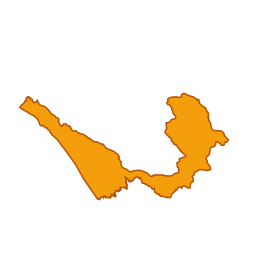 El Charco, Nariño, Colombia (Equal Earth projection), rotated 323°
{"feature_id": "7082276B87562004853041", "entity_name": "El Charco", "entity_type": "district", "adm_level": 2, "iso_a3": "COL", "parent_name": "Colombia", "parent_adm1": "Nariño", "projection": "equal_earth", "projection_center": [-77.861, 2.29], "detail": "fine", "context": "isolated", "style": "filled", "palette": "amber", "viewbox_px": 256, "rotation_deg": 323, "n_neighbors": 0, "source": "geoboundaries", "source_scale": "gbopen_adm2", "svg_char_len": 5856}
<svg xmlns="http://www.w3.org/2000/svg" viewBox="0 0 256 256"><g transform="rotate(323 128 128)"><path d="M190.8,133.5L189.8,135.1L189.0,135.3L186.4,133.6L185.3,132.0L183.9,131.5L182.8,130.4L181.5,129.7L180.5,129.5L179.7,128.9L177.0,128.8L175.9,131.0L174.4,131.1L174.0,131.4L173.9,133.0L174.1,133.5L174.9,133.9L175.2,135.2L175.0,136.4L175.1,138.4L174.1,139.5L174.0,141.0L172.6,143.9L173.1,145.1L173.1,147.0L172.6,148.4L170.5,148.8L169.5,148.0L167.2,147.4L165.9,148.3L164.4,148.0L163.7,148.2L161.6,146.8L161.0,147.9L160.3,148.5L158.7,151.6L155.8,153.0L154.9,154.0L154.8,155.1L155.2,156.4L155.0,157.9L155.5,159.0L155.3,160.1L155.5,160.7L156.1,161.0L156.3,162.7L155.2,163.8L155.2,164.3L154.8,164.5L155.3,165.0L155.5,166.0L154.9,168.4L155.6,168.9L155.7,170.1L156.3,170.7L156.4,172.2L156.1,173.1L156.1,175.3L156.7,176.9L156.0,177.6L156.4,178.0L156.2,178.9L156.5,179.2L156.9,182.7L157.7,184.1L157.5,185.2L155.9,185.2L154.2,184.4L152.3,184.4L150.9,183.3L149.7,184.2L149.4,185.2L149.1,185.5L147.9,185.7L146.5,185.3L145.8,185.5L145.1,187.4L144.2,188.3L143.9,191.0L143.2,192.4L142.3,193.3L141.0,193.7L140.4,193.7L138.6,192.6L134.5,192.5L132.0,191.1L129.8,189.4L127.1,186.0L125.8,185.5L125.1,184.5L123.5,183.6L122.0,181.8L120.7,182.0L120.2,181.4L119.3,181.3L119.0,180.7L118.2,181.2L117.9,181.1L116.7,179.6L116.3,176.0L115.8,174.6L114.8,172.8L112.5,169.6L111.3,168.3L108.8,166.7L105.8,165.2L105.1,165.2L103.5,164.4L102.7,163.1L102.0,160.0L100.6,158.0L99.8,155.7L100.7,152.2L102.2,150.9L101.8,149.9L101.8,149.3L102.3,148.5L102.3,147.4L102.0,146.8L102.1,146.4L103.4,146.2L103.8,145.8L103.9,141.9L103.1,140.8L102.8,138.9L101.9,136.8L98.9,132.0L98.2,128.9L98.5,126.2L96.6,124.0L94.7,120.1L92.4,118.4L91.9,116.0L91.4,115.1L91.3,112.9L90.4,112.8L89.7,110.6L89.9,110.2L89.5,109.3L89.5,108.6L89.1,108.2L88.9,106.9L88.3,105.8L86.7,104.7L86.4,103.4L86.2,103.4L85.9,102.5L84.9,101.3L84.9,99.5L84.6,98.7L84.0,98.2L82.8,98.0L81.9,97.0L81.9,95.6L82.4,94.6L82.3,93.9L82.7,92.7L82.4,91.1L80.9,89.9L81.0,87.5L79.3,86.2L77.9,86.0L77.5,86.1L77.1,86.9L76.6,87.0L75.4,85.2L75.4,84.4L76.2,83.2L76.0,81.2L76.4,80.7L77.2,80.6L77.8,80.0L78.2,78.4L77.0,76.6L76.6,73.3L75.6,71.7L75.4,70.0L75.4,66.2L74.6,61.2L71.8,57.1L71.5,55.5L72.1,51.3L70.0,52.0L69.5,51.9L69.3,51.3L68.2,51.2L68.0,48.5L68.5,48.0L68.7,47.4L67.3,45.2L67.2,44.5L67.9,44.7L67.4,43.3L66.6,42.7L64.7,42.9L63.5,45.2L63.2,45.1L63.3,44.4L62.5,44.3L60.6,45.2L58.7,45.6L57.2,45.5L54.1,46.3L54.6,49.1L56.9,53.9L58.3,58.1L59.7,60.5L60.5,62.6L60.9,65.1L61.0,66.9L60.5,69.7L59.6,72.0L59.6,73.3L60.4,74.4L62.2,75.4L61.9,77.8L63.3,79.2L63.1,81.4L63.8,83.1L63.2,85.2L63.5,86.1L63.1,88.0L64.0,91.1L64.0,92.3L64.3,92.7L64.7,98.5L64.4,102.2L64.6,103.6L64.4,104.6L64.6,104.8L64.2,125.0L61.9,142.1L60.9,166.8L61.2,166.9L61.3,166.6L61.5,166.9L61.5,166.7L62.5,167.1L62.8,167.5L62.9,167.3L63.6,167.7L64.1,167.5L64.4,167.0L65.1,167.1L65.9,167.6L66.2,168.2L66.8,168.3L66.7,168.6L67.3,168.2L67.5,168.5L67.7,168.0L68.1,168.4L68.3,168.1L68.6,168.7L69.1,168.8L69.1,169.6L68.6,170.0L68.2,169.8L68.1,170.1L68.8,170.4L69.2,171.0L69.8,171.0L70.5,171.8L70.5,172.2L71.7,172.2L71.8,173.0L72.1,172.7L72.1,171.9L72.6,171.8L72.8,172.5L73.5,171.5L73.8,171.6L73.9,172.5L74.4,172.6L74.9,171.3L75.4,172.3L75.0,172.8L75.6,173.2L75.6,174.1L76.2,174.1L76.6,173.7L77.0,173.8L77.1,174.2L76.7,174.7L76.7,175.4L77.1,175.4L77.9,173.9L77.7,173.2L76.9,172.4L77.3,171.9L78.4,172.3L78.5,171.6L79.1,171.7L80.0,170.9L80.4,171.3L80.9,170.7L81.3,171.5L81.9,171.5L81.8,172.9L83.1,173.1L83.2,172.6L83.8,172.3L83.5,171.7L84.2,173.0L84.6,173.2L85.2,171.5L85.8,171.6L85.4,172.2L85.9,172.3L85.9,171.3L86.3,170.6L87.2,171.8L88.5,172.5L89.0,173.6L89.8,173.4L90.0,174.1L90.0,175.2L90.6,174.5L90.7,175.1L91.1,174.8L91.2,175.3L91.8,174.2L93.1,173.2L92.8,172.8L93.1,172.7L93.1,171.2L93.5,171.1L93.2,170.5L94.1,170.3L94.2,169.6L94.5,169.6L94.4,168.9L94.8,168.8L94.9,168.1L96.0,167.8L96.2,167.1L95.9,166.8L96.1,166.5L96.0,165.5L96.2,165.4L97.0,167.8L96.7,169.0L97.0,169.8L96.7,170.4L98.0,170.2L97.0,171.9L97.9,172.7L98.8,172.4L99.1,172.8L99.7,172.5L100.1,172.9L101.1,172.9L101.8,172.3L103.4,172.2L103.6,171.8L105.8,172.4L106.4,173.4L106.5,175.3L107.3,175.4L107.6,174.8L108.0,175.4L107.4,176.8L107.3,178.6L106.6,179.5L106.2,180.6L107.3,181.5L109.4,186.3L109.4,187.0L110.0,187.2L110.7,188.5L110.6,191.1L110.8,191.7L112.5,192.0L111.8,192.6L111.4,194.3L110.8,195.3L110.8,196.1L111.3,196.6L111.9,198.9L112.5,199.2L112.6,199.7L113.1,199.8L113.1,200.4L112.7,200.7L112.7,201.7L116.1,205.2L116.9,206.7L117.5,207.3L118.2,207.2L119.3,208.8L121.1,208.8L123.3,207.0L126.1,207.0L126.9,206.5L128.1,206.9L129.3,205.9L129.9,206.8L130.4,207.0L131.7,205.6L132.8,205.6L133.6,206.0L134.1,207.3L135.0,208.5L136.1,207.2L137.9,208.1L138.6,209.0L139.4,211.5L141.5,213.3L142.0,212.3L142.9,211.8L143.4,211.0L144.7,209.9L146.2,209.4L147.3,210.1L148.2,209.8L148.9,208.4L149.8,207.7L149.7,206.2L150.1,205.5L151.1,205.2L152.5,205.2L154.1,203.7L154.9,203.6L160.1,204.4L162.1,205.8L165.5,209.6L168.6,210.9L169.4,210.4L170.1,208.7L170.4,207.0L170.3,204.1L170.7,202.8L171.5,201.8L171.7,199.8L173.0,198.6L176.2,198.2L177.7,197.6L178.8,196.2L179.9,195.6L180.6,194.5L182.1,193.4L183.6,193.5L185.1,194.6L187.4,194.5L190.2,192.0L191.2,192.9L191.9,195.1L192.2,197.8L193.2,199.0L194.9,199.2L196.9,197.7L198.0,198.7L200.1,198.5L200.9,198.0L201.1,197.6L200.5,193.0L200.6,191.7L201.1,190.8L201.3,189.4L201.0,186.9L198.3,184.2L196.7,183.3L194.4,180.8L194.3,180.3L194.9,177.5L196.7,174.4L197.3,169.8L197.8,169.6L198.2,168.9L198.6,167.0L199.9,166.9L199.9,166.2L200.6,165.4L201.4,163.6L200.9,162.8L201.4,161.0L201.0,159.9L201.5,159.2L201.9,159.2L201.6,157.3L200.5,154.8L199.9,151.3L200.5,150.6L200.8,149.0L201.5,148.5L201.6,148.2L201.1,147.1L200.1,147.2L199.8,145.1L199.1,143.9L199.1,142.6L198.2,141.8L197.7,140.7L196.4,139.5L196.0,138.3L195.1,137.3L194.4,135.0L193.3,133.9L190.8,133.5Z" fill="#f59e0b" stroke="#b45309" stroke-width="1.5"/></g></svg>